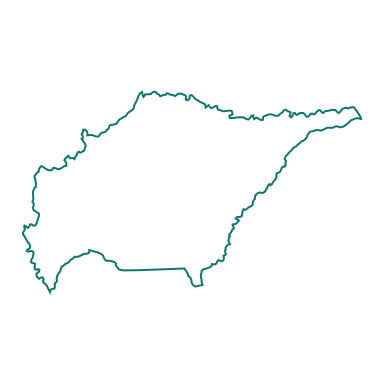 Herval, Rio Grande do Sul, Brazil (Natural Earth projection)
{"feature_id": "56859067B25919241762236", "entity_name": "Herval", "entity_type": "district", "adm_level": 2, "iso_a3": "BRA", "parent_name": "Brazil", "parent_adm1": "Rio Grande do Sul", "projection": "natural_earth1", "projection_center": [-53.366, -32.034], "detail": "fine", "context": "isolated", "style": "outline", "palette": "teal", "viewbox_px": 384, "rotation_deg": 0, "n_neighbors": 0, "source": "geoboundaries", "source_scale": "gbopen_adm2", "svg_char_len": 5916}
<svg xmlns="http://www.w3.org/2000/svg" viewBox="0 0 384 384"><path d="M276.4,177.2L276.5,173.4L277.8,173.0L278.9,172.5L280.2,171.6L281.0,169.8L281.9,167.6L283.0,166.7L284.5,166.7L285.7,165.4L285.3,163.4L286.0,161.0L284.6,159.2L285.4,157.0L286.3,155.5L287.6,154.5L288.6,152.8L290.1,151.7L291.5,150.3L292.9,148.4L294.9,147.0L296.7,145.9L297.7,144.6L299.6,143.3L301.4,141.4L303.2,140.9L306.0,138.5L306.8,137.2L307.3,135.6L309.2,132.4L310.9,131.5L314.0,131.0L315.8,130.0L319.5,130.3L321.3,130.6L327.1,127.8L328.9,127.7L332.1,127.9L333.6,127.4L335.7,126.3L337.8,126.5L340.0,127.3L342.3,127.0L344.2,126.2L345.5,125.1L347.4,123.9L350.5,120.8L351.5,120.1L355.7,118.4L357.4,118.1L361.0,119.0L360.7,116.9L359.4,115.4L358.5,113.7L356.5,110.7L354.1,107.5L352.6,107.1L349.5,107.8L348.3,108.5L346.8,107.9L345.2,107.9L342.7,108.8L341.7,109.6L340.6,111.4L338.7,113.0L337.2,112.0L336.4,110.9L335.2,110.0L332.0,109.8L328.6,110.8L325.9,111.0L324.6,111.5L323.6,112.8L322.1,112.6L320.5,110.6L319.0,110.1L317.1,111.3L315.0,113.9L313.7,114.5L312.1,113.5L310.3,113.9L309.6,115.3L308.3,116.5L306.8,116.9L304.5,114.1L303.0,112.9L301.5,113.0L299.9,112.9L297.2,114.9L295.9,114.5L295.0,113.1L293.5,113.1L293.0,114.7L292.3,116.4L291.1,117.3L289.6,116.3L290.3,114.5L290.5,112.3L289.1,111.6L287.6,111.2L285.9,109.8L284.5,109.9L283.4,111.0L282.4,112.5L281.1,113.2L280.0,114.0L278.9,115.2L277.3,115.9L275.2,115.7L272.0,114.5L270.2,114.3L269.0,114.4L267.5,114.8L265.4,115.8L263.8,116.2L263.0,117.5L262.9,119.7L261.6,120.2L258.8,118.9L256.8,117.6L255.5,118.1L254.2,119.1L253.2,117.3L253.4,115.5L251.6,115.8L249.9,118.1L248.4,119.5L247.1,119.2L245.6,118.7L244.3,117.7L242.8,117.3L238.5,117.3L236.7,117.4L233.2,118.1L231.9,118.0L229.9,118.0L229.3,116.1L230.6,115.2L232.4,114.6L232.2,112.1L231.5,110.8L229.5,110.6L223.8,111.3L222.1,110.9L217.7,109.3L217.0,106.2L215.6,106.0L211.8,108.2L210.0,107.3L208.6,105.1L205.7,107.5L205.5,105.6L204.8,104.2L203.1,103.3L201.6,102.6L199.9,101.8L197.9,100.3L196.2,99.6L194.7,98.3L193.5,96.7L191.5,95.1L189.9,95.7L189.4,98.4L188.1,100.1L186.8,100.1L185.7,99.5L186.1,97.6L185.5,95.4L183.6,94.7L181.8,93.7L180.0,93.8L178.4,93.6L175.2,96.0L174.0,95.6L172.9,95.0L171.6,94.8L170.1,94.7L168.7,93.6L166.9,93.2L165.6,94.8L164.2,94.9L162.8,95.1L161.5,95.9L160.2,96.2L159.4,94.8L157.4,94.0L156.3,92.5L155.1,91.9L153.7,91.9L152.4,92.5L151.0,93.8L149.0,94.4L147.0,94.2L145.2,94.4L144.6,95.8L143.4,96.9L142.7,95.3L142.5,93.8L142.0,92.0L140.6,92.7L138.2,96.3L137.6,98.5L136.8,100.6L135.1,103.6L134.2,105.6L133.7,108.3L132.6,109.7L128.3,112.6L126.9,114.3L125.6,116.2L124.0,116.8L119.2,119.7L116.0,124.2L114.4,124.2L112.2,124.9L110.4,124.9L109.2,126.5L108.4,129.0L106.5,130.2L105.4,131.7L103.4,132.4L101.6,132.7L100.1,134.2L98.7,136.4L97.5,136.6L96.1,136.4L94.3,135.9L92.9,135.2L91.6,135.0L87.3,135.3L87.5,133.4L87.1,131.6L85.9,130.5L84.4,129.5L83.1,129.7L83.0,132.3L81.6,134.2L82.6,136.0L82.8,137.8L81.5,138.9L82.7,139.9L83.4,141.8L84.7,143.1L85.6,145.2L85.3,147.1L84.1,150.6L82.7,151.3L81.7,152.2L80.2,152.7L79.0,151.7L77.5,152.5L76.6,155.2L75.3,157.1L74.4,159.1L73.2,158.1L70.1,158.2L69.1,156.6L68.0,155.7L66.6,157.6L65.0,158.7L64.4,160.3L66.2,162.3L66.4,165.8L64.6,166.2L62.9,167.1L61.4,168.1L59.8,168.9L58.6,169.2L57.1,168.8L54.4,167.8L53.0,168.2L52.3,169.8L50.5,170.4L48.0,170.1L46.4,169.2L43.1,167.0L41.3,166.1L40.1,167.2L38.7,170.0L38.8,171.5L37.7,172.1L35.6,174.5L34.5,176.1L34.7,177.9L35.5,179.7L35.5,181.6L36.1,183.6L35.8,185.5L35.8,187.0L34.5,187.8L33.0,191.7L32.9,193.5L33.1,195.4L33.3,198.0L33.2,199.9L32.4,201.7L33.7,203.5L33.6,205.7L32.8,208.0L33.6,210.0L37.3,212.6L38.8,213.4L39.0,215.2L38.8,216.7L38.2,217.9L37.6,219.7L37.2,221.7L36.4,223.6L35.2,225.6L32.4,225.4L31.6,224.3L30.1,224.4L29.5,225.9L28.7,227.1L27.8,228.0L26.4,226.7L24.5,225.6L24.1,227.0L24.9,228.7L24.3,230.8L23.1,232.3L23.0,234.4L24.2,235.9L27.5,241.8L29.2,243.6L30.1,245.9L30.1,247.7L29.1,248.7L27.7,249.4L26.7,250.9L28.5,251.7L30.5,251.0L32.9,251.4L33.6,252.9L32.7,257.6L31.5,259.4L31.0,262.0L32.3,263.1L33.8,263.2L35.0,263.8L34.6,267.1L34.9,269.1L36.5,269.8L38.0,269.1L39.4,269.8L39.1,271.6L36.3,273.8L36.6,276.0L37.7,277.6L39.0,278.8L40.6,277.7L42.6,277.4L43.6,279.2L43.0,280.7L43.4,282.3L45.9,284.6L47.1,286.3L47.9,288.0L50.0,292.1L50.4,290.3L51.3,289.3L52.4,288.8L54.3,288.7L54.9,287.1L54.7,285.4L54.8,283.5L55.9,282.6L57.1,280.9L56.6,278.8L57.4,275.4L59.2,272.5L60.3,271.5L60.6,269.7L61.0,268.1L61.8,266.7L63.2,265.9L65.9,263.5L67.7,263.0L69.2,261.6L70.4,260.0L72.4,258.9L74.6,256.8L76.4,256.9L78.6,256.6L80.5,255.6L81.9,255.1L83.2,254.1L88.0,253.5L89.3,252.2L89.2,250.1L98.4,252.6L100.0,253.5L101.8,254.3L103.0,255.6L104.3,258.6L105.4,260.2L106.5,260.8L108.3,260.7L110.0,260.8L114.7,262.1L115.9,263.5L115.8,265.3L116.8,266.7L117.7,267.6L118.7,269.2L120.9,270.0L123.7,270.4L138.8,270.2L184.3,268.5L185.3,269.7L187.9,274.1L188.5,276.2L189.6,277.0L190.6,278.1L191.3,280.0L191.6,282.1L192.0,283.6L194.3,286.0L195.6,286.5L197.5,286.0L202.4,285.0L201.5,281.5L201.6,279.4L200.9,277.4L200.9,274.7L201.6,272.7L201.5,271.1L202.7,269.6L204.6,268.9L206.5,268.5L209.3,267.5L210.5,266.9L211.8,265.6L212.0,264.1L214.0,264.4L215.2,264.4L216.3,263.5L217.0,261.7L218.6,260.0L220.2,260.8L221.7,261.2L223.2,260.5L223.8,259.3L223.8,257.5L223.5,255.7L224.8,255.2L225.9,254.3L224.9,250.9L225.7,249.4L225.5,247.9L227.1,245.5L228.1,244.6L229.9,244.1L228.4,240.6L228.8,239.0L228.9,237.2L230.0,236.3L229.1,234.9L231.3,231.9L232.4,229.5L234.0,228.1L233.2,226.3L232.6,224.5L234.1,224.1L235.4,224.1L236.6,223.1L237.7,222.0L238.9,220.4L235.8,218.5L237.0,217.1L240.9,216.8L241.8,215.6L242.6,211.2L243.6,209.2L245.5,209.8L247.2,208.6L248.7,207.2L251.3,206.2L252.7,204.6L252.8,202.8L253.1,201.3L253.8,200.0L255.0,198.6L254.9,196.3L256.0,194.8L257.0,193.8L258.3,192.8L260.4,192.5L262.5,193.1L264.6,191.9L265.7,190.3L267.6,186.8L268.2,185.3L269.6,184.1L270.4,185.2L271.9,184.1L272.9,182.3L274.1,180.9L275.5,179.0L276.4,177.2Z" fill="none" stroke="#0f766e" stroke-width="2"/></svg>